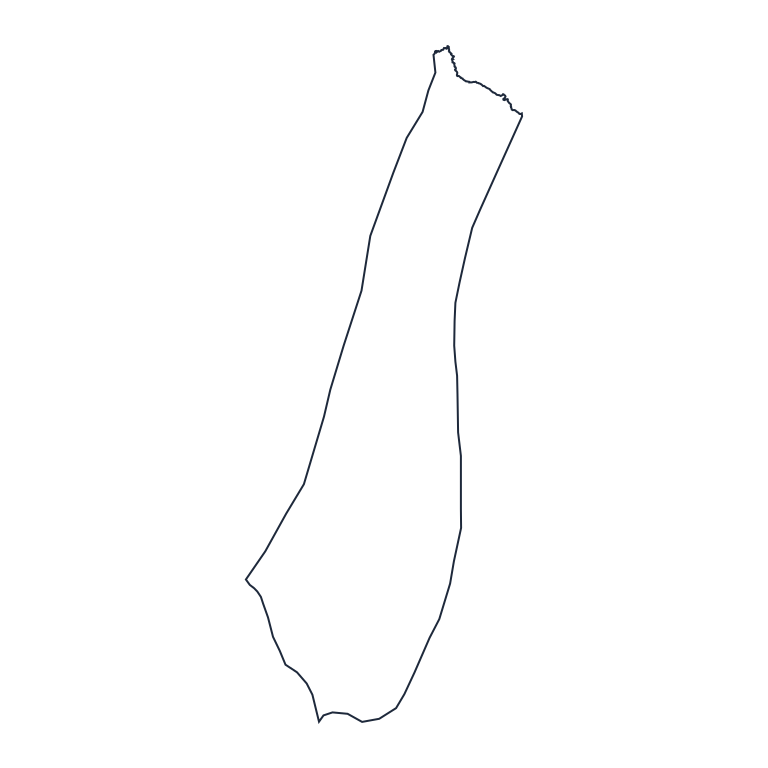 the district of Idjwi, Sud-Kivu, Democratic Republic of the Congo
{"feature_id": "63176286B68411895895174", "entity_name": "Idjwi", "entity_type": "district", "adm_level": 2, "iso_a3": "COD", "parent_name": "Democratic Republic of the Congo", "parent_adm1": "Sud-Kivu", "projection": "natural_earth1", "projection_center": [29.165, -1.966], "detail": "fine", "context": "isolated", "style": "outline", "palette": "slate", "viewbox_px": 768, "rotation_deg": 0, "n_neighbors": 0, "source": "geoboundaries", "source_scale": "gbopen_adm2", "svg_char_len": 3405}
<svg xmlns="http://www.w3.org/2000/svg" viewBox="0 0 768 768"><path d="M435.8,51.0L435.6,51.0L435.4,51.1L435.0,51.7L434.9,52.8L434.9,53.1L434.3,54.0L433.5,54.8L435.4,72.6L428.4,90.4L422.6,111.9L406.7,137.9L393.3,172.8L370.3,235.9L361.5,290.7L343.7,345.5L330.3,389.7L324.0,416.6L303.9,484.2L286.2,513.6L265.3,551.3L245.9,579.5L249.8,584.9L254.1,588.2L257.3,591.5L260.9,596.9L261.2,597.8L263.1,603.6L268.0,617.4L273.0,636.8L279.8,650.9L285.5,664.7L297.0,672.3L306.7,683.5L312.4,694.7L319.0,721.7L323.5,715.4L332.5,712.4L347.6,713.8L362.1,721.9L379.2,718.8L396.1,708.1L404.4,694.1L414.5,672.5L429.6,637.8L439.3,619.1L450.1,583.6L453.9,561.3L461.1,527.9L460.9,509.4L460.9,455.9L458.1,432.4L457.5,394.8L457.1,375.8L455.4,361.7L454.2,345.6L454.6,320.8L455.4,302.8L459.6,282.3L465.0,258.0L472.2,227.8L480.1,209.7L496.8,172.5L522.1,116.4L521.8,113.4L520.5,114.0L519.4,113.9L519.2,113.6L518.6,112.9L518.2,112.5L517.8,112.4L517.3,112.1L516.8,111.6L516.5,111.5L515.5,110.5L515.0,110.4L514.7,110.1L514.0,110.0L513.4,110.1L512.5,110.1L512.1,109.8L511.7,109.5L511.7,109.0L511.3,107.8L511.0,107.5L511.1,106.5L510.7,106.1L511.0,104.9L510.8,104.3L510.3,103.9L509.8,103.4L509.3,103.2L509.0,102.6L508.4,102.0L507.7,101.0L507.6,100.5L507.9,99.9L507.8,99.3L507.3,99.1L506.6,99.3L505.6,99.3L505.4,99.5L505.0,99.9L504.7,100.1L504.0,100.0L503.5,99.8L503.3,99.1L503.4,98.9L503.6,98.8L503.8,98.6L504.1,98.4L504.6,98.2L504.8,97.7L505.5,96.6L505.3,95.9L504.9,95.4L504.1,95.0L503.8,94.5L503.1,94.2L502.8,94.7L502.2,95.2L500.7,96.0L500.3,95.8L499.8,95.4L499.5,95.2L498.9,95.2L498.2,95.0L497.3,94.9L496.6,94.7L495.4,93.4L494.8,93.1L494.2,92.8L493.7,92.6L492.9,92.4L492.7,92.0L492.3,91.8L491.7,91.4L491.3,90.9L490.6,90.3L490.0,89.7L489.7,89.1L488.3,88.5L487.5,88.2L486.9,87.9L486.4,87.6L486.0,87.4L485.6,87.0L484.0,85.9L483.1,86.1L481.6,84.6L481.1,84.2L480.8,84.2L479.8,83.5L479.3,83.4L478.9,83.4L478.4,83.0L477.9,82.9L477.3,82.8L476.7,82.7L476.0,81.8L475.5,81.7L475.2,81.9L474.3,82.0L473.6,81.9L472.8,82.1L472.1,82.3L471.4,82.4L470.9,82.4L470.3,82.4L469.7,82.2L469.3,82.4L469.2,82.1L469.2,81.8L468.5,81.7L467.8,81.6L467.0,81.4L466.1,81.4L465.9,81.1L465.5,81.0L464.9,80.6L464.2,80.2L463.8,79.9L463.4,79.5L462.8,79.1L462.6,78.6L462.2,78.5L461.3,77.9L461.1,77.7L460.7,77.8L460.4,77.3L460.1,77.0L459.9,76.9L459.7,76.7L459.4,76.5L459.2,76.3L458.8,76.0L458.2,75.9L457.5,76.1L457.3,76.0L457.0,75.7L456.9,75.3L456.9,74.6L457.1,74.0L457.2,73.4L457.3,72.8L457.1,72.2L456.7,71.6L456.0,70.9L455.4,70.5L455.1,70.1L455.0,69.6L455.2,69.3L455.8,69.0L455.9,68.4L455.7,67.5L455.4,67.1L454.9,67.0L454.5,66.5L454.6,65.5L454.3,64.8L454.3,64.2L454.5,63.6L454.1,63.5L454.0,63.0L453.4,62.9L452.9,62.4L452.5,62.3L452.5,61.8L452.7,61.4L452.5,61.1L452.3,60.7L452.1,59.5L452.6,59.3L452.0,59.0L452.2,58.5L453.1,57.7L453.7,56.9L453.9,56.4L453.1,56.0L452.7,56.1L452.4,55.8L451.8,55.2L451.5,54.6L451.0,54.4L450.9,53.7L451.2,53.5L450.8,53.1L450.5,52.9L450.0,52.3L449.5,52.2L449.3,51.9L449.3,51.3L448.9,51.0L449.0,50.5L449.1,50.1L449.1,49.2L448.8,48.4L448.8,47.2L448.4,47.2L448.0,46.9L448.2,46.4L447.9,46.1L447.5,46.1L447.3,46.7L447.1,47.9L446.9,48.6L446.5,48.7L446.4,48.2L445.6,48.0L444.7,48.1L444.0,48.0L443.6,48.7L443.4,49.5L442.9,49.9L442.4,49.9L442.1,49.9L441.4,50.0L441.2,50.6L440.8,50.9L440.1,51.2L439.3,51.7L438.6,51.5L438.2,51.0L437.6,51.1L437.2,51.8L436.7,52.2L436.6,51.7L436.6,51.0L436.2,50.9L435.8,51.0Z" fill="none" stroke="#1e293b" stroke-width="2"/></svg>